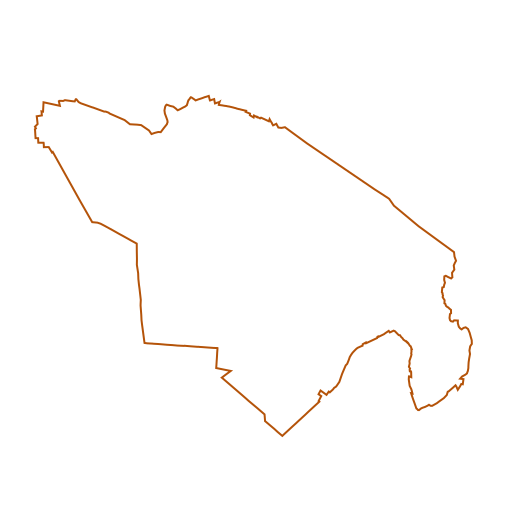 the district of Villa Aldama, Veracruz, Mexico, rotated 352°
{"feature_id": "50627088B40977064130086", "entity_name": "Villa Aldama", "entity_type": "district", "adm_level": 2, "iso_a3": "MEX", "parent_name": "Mexico", "parent_adm1": "Veracruz", "projection": "equal_earth", "projection_center": [-97.198, 19.651], "detail": "fine", "context": "isolated", "style": "outline", "palette": "amber", "viewbox_px": 512, "rotation_deg": 352, "n_neighbors": 0, "source": "geoboundaries", "source_scale": "gbopen_adm2", "svg_char_len": 5540}
<svg xmlns="http://www.w3.org/2000/svg" viewBox="0 0 512 512"><g transform="rotate(352 256 256)"><path d="M133.5,326.6L136.4,327.4L141.5,328.4L141.7,328.5L146.7,329.5L150.3,330.3L155.4,331.5L160.8,332.6L165.9,333.8L172.2,335.0L172.5,334.9L179.5,336.5L185.0,337.7L186.8,338.0L187.1,338.1L190.0,338.7L195.5,339.9L201.1,341.1L205.0,341.8L205.0,342.2L204.0,346.8L203.9,347.4L203.0,351.9L202.2,355.7L201.5,359.1L201.0,361.4L209.5,364.4L215.0,366.3L213.2,367.3L210.0,369.0L205.2,371.7L205.5,372.0L221.9,390.7L222.0,390.8L226.5,396.0L228.5,398.4L236.1,406.8L242.4,414.0L242.3,416.1L242.0,420.8L242.5,421.3L247.5,426.9L250.1,429.8L252.8,433.1L256.3,437.0L257.0,437.8L260.0,435.7L269.1,429.4L272.5,427.1L275.6,424.9L277.4,423.7L279.1,422.5L282.6,420.1L286.2,417.5L287.5,416.6L298.4,409.1L298.0,408.7L297.8,408.4L301.1,403.8L298.7,401.6L301.2,398.2L303.7,400.6L306.5,403.3L309.2,400.4L310.1,401.3L313.6,398.9L315.1,397.4L316.9,396.6L317.8,395.8L321.0,392.3L324.7,385.0L325.5,383.6L329.6,376.8L331.3,375.5L333.6,371.5L334.8,369.1L336.5,367.0L338.2,365.2L340.3,363.5L342.3,362.0L343.8,361.1L347.9,359.9L349.0,359.7L349.1,359.3L349.2,359.0L349.4,358.2L352.8,356.9L352.9,357.7L364.5,354.1L365.0,352.9L365.3,352.8L365.2,353.4L370.7,351.6L371.9,351.2L373.5,350.3L376.0,349.1L377.0,348.6L377.9,350.3L379.4,349.9L379.9,349.7L381.9,349.1L382.0,349.2L382.6,349.5L383.0,349.7L386.3,354.2L387.6,354.5L388.3,356.1L388.8,356.8L389.7,357.9L390.3,359.3L392.7,361.5L393.5,362.5L393.6,362.1L394.1,362.7L394.6,363.4L395.9,366.4L396.6,366.9L397.2,369.6L396.9,369.5L396.7,372.1L396.1,374.3L396.3,375.0L395.6,376.8L394.0,379.9L393.3,381.4L393.2,383.9L392.0,387.0L392.9,388.9L392.3,390.0L392.3,391.6L393.3,391.7L393.5,392.4L392.9,397.6L391.2,396.6L390.7,396.5L390.1,399.5L390.1,403.6L390.1,406.0L391.2,409.3L391.4,410.4L391.8,414.0L390.5,413.5L391.5,419.0L392.5,423.8L393.6,429.3L394.4,430.1L395.0,431.1L396.0,431.3L398.3,429.9L400.1,429.4L402.3,429.0L405.1,428.1L406.6,427.4L408.0,428.6L409.5,428.9L414.7,426.9L416.6,425.8L422.2,422.9L425.6,420.2L426.8,417.5L427.0,417.1L427.9,416.9L429.9,415.6L432.7,413.8L435.6,411.8L436.2,413.0L437.2,416.6L439.8,413.6L441.5,411.3L442.9,411.8L444.3,406.8L441.1,405.9L443.3,404.0L446.7,402.7L448.0,402.0L448.6,401.6L448.9,400.9L449.8,399.3L450.7,396.5L450.9,395.2L451.5,392.1L451.8,390.7L452.8,387.3L454.3,382.8L454.2,379.3L455.5,375.3L456.6,374.0L457.5,373.1L457.9,369.5L457.4,366.0L456.9,361.9L455.8,357.8L453.7,355.8L451.5,356.1L449.4,357.3L448.1,356.1L447.0,354.3L446.5,350.8L446.9,348.0L443.2,347.3L441.9,348.4L440.0,347.7L439.2,346.5L439.0,344.3L439.9,340.9L440.0,340.5L440.1,340.4L441.2,339.8L441.6,336.5L440.0,334.8L439.5,334.0L439.3,333.7L439.0,333.6L438.5,333.3L437.2,331.8L436.8,329.7L436.0,329.1L436.6,326.0L435.7,324.1L435.5,323.7L435.1,322.6L435.7,321.3L435.4,319.7L435.6,318.8L435.0,317.8L436.1,313.1L437.6,312.9L438.4,310.6L439.4,308.8L439.0,305.9L439.7,302.4L441.2,302.0L442.8,303.2L443.2,303.5L446.1,305.4L447.5,304.4L447.5,304.0L447.8,299.9L450.5,297.1L450.5,292.9L451.9,290.6L453.4,288.6L452.5,284.2L452.6,280.8L452.6,279.7L421.2,249.2L399.6,225.4L395.8,217.9L394.6,216.8L382.6,206.4L322.2,151.6L308.3,138.1L302.6,132.5L299.0,132.7L296.0,131.9L294.5,127.9L292.8,128.5L291.1,129.0L290.5,127.6L290.2,126.4L289.4,124.8L288.5,122.4L287.5,124.4L283.2,121.6L281.0,120.2L280.4,119.8L280.2,119.7L279.2,120.3L276.5,118.3L276.3,118.7L275.8,118.3L275.5,118.1L275.4,118.0L273.6,116.6L272.9,118.5L269.5,115.7L269.9,114.2L265.8,111.8L266.4,110.8L265.0,110.3L263.0,109.5L262.9,109.5L260.8,108.6L260.0,108.3L259.8,108.2L259.6,108.2L258.4,107.7L257.4,107.3L257.3,107.2L256.3,106.7L255.0,106.2L254.4,105.9L251.9,104.9L249.8,104.1L249.6,104.1L248.1,103.6L247.7,103.4L245.8,102.9L245.5,102.8L243.7,102.2L243.0,102.0L240.2,101.2L240.8,99.5L241.4,98.3L241.2,98.4L238.2,98.9L238.0,99.0L236.6,99.2L236.4,94.8L233.9,95.2L232.1,95.6L232.0,95.3L231.5,90.9L229.4,91.3L227.2,91.6L225.1,92.1L223.0,92.5L221.2,92.8L220.6,92.9L218.5,93.4L218.1,93.4L217.8,93.5L217.1,92.7L215.8,91.5L214.5,90.3L213.6,89.7L213.0,90.1L212.3,91.0L211.5,91.7L211.4,91.9L211.0,92.1L210.5,92.8L210.0,93.8L209.5,95.0L209.2,95.7L208.9,96.1L208.5,97.1L207.4,97.7L206.5,98.2L205.5,98.5L204.3,98.9L202.5,99.6L201.1,100.1L199.4,100.6L198.8,100.8L198.7,100.8L198.4,100.4L197.7,99.6L197.2,98.9L196.4,98.1L194.9,96.6L191.8,95.4L189.8,94.3L188.6,93.7L187.8,94.2L186.8,95.6L185.6,99.1L185.6,102.3L186.4,105.9L187.1,109.3L187.1,111.1L186.4,112.4L186.1,113.1L182.4,116.6L178.9,120.1L176.4,119.6L172.8,120.0L169.5,120.7L167.5,116.8L160.5,110.4L156.6,109.4L149.5,108.0L144.8,103.1L140.2,100.3L134.7,96.9L130.8,94.5L130.3,93.9L130.1,93.6L127.3,92.1L125.8,91.9L114.9,86.1L114.7,86.1L103.8,80.4L101.8,78.9L99.9,75.8L99.3,75.7L98.0,77.7L95.9,77.2L88.5,75.1L86.7,75.6L82.8,75.0L82.3,75.3L82.7,80.0L67.0,74.2L65.2,83.4L64.0,83.0L63.7,82.9L63.7,83.6L63.5,87.0L58.3,87.1L58.3,88.6L58.1,94.9L55.1,97.2L55.8,99.0L54.7,99.7L54.7,100.4L54.7,100.9L54.1,108.6L56.6,109.0L56.2,113.5L57.3,113.7L59.6,114.0L61.4,114.3L61.4,115.5L61.3,116.5L61.1,118.7L62.1,118.8L65.2,119.2L65.4,119.3L65.9,119.3L68.4,125.1L68.8,124.8L69.2,124.6L89.1,176.1L98.5,199.7L103.6,200.9L106.6,202.4L110.5,205.2L117.6,210.5L121.0,213.1L124.0,215.4L126.6,217.3L129.1,219.2L132.3,221.6L134.2,223.1L139.6,227.1L139.6,227.4L138.6,234.9L137.7,242.3L137.1,246.2L136.8,248.1L136.8,248.7L136.9,256.3L136.9,256.6L136.3,262.5L136.1,268.5L136.1,271.5L136.1,272.2L135.8,283.5L135.1,287.2L134.8,289.0L134.2,298.3L133.7,303.6L133.6,308.6L133.6,309.3L133.6,311.6L133.5,324.9L133.5,326.6Z" fill="none" stroke="#b45309" stroke-width="2"/></g></svg>